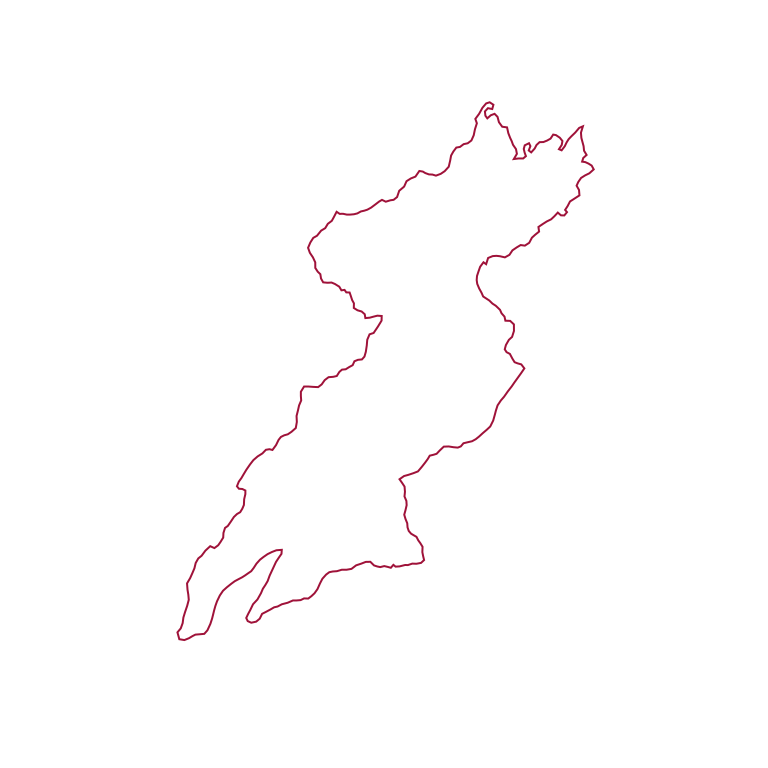 Claro dos Poções, Minas Gerais, Brazil (Equal Earth projection), rotated 203°
{"feature_id": "56859067B92506852264935", "entity_name": "Claro dos Poções", "entity_type": "district", "adm_level": 2, "iso_a3": "BRA", "parent_name": "Brazil", "parent_adm1": "Minas Gerais", "projection": "equal_earth", "projection_center": [-44.226, -17.057], "detail": "fine", "context": "isolated", "style": "outline", "palette": "rose", "viewbox_px": 768, "rotation_deg": 203, "n_neighbors": 0, "source": "geoboundaries", "source_scale": "gbopen_adm2", "svg_char_len": 5552}
<svg xmlns="http://www.w3.org/2000/svg" viewBox="0 0 768 768"><g transform="rotate(203 384 384)"><path d="M501.8,500.6L503.6,494.3L506.2,490.9L507.1,485.5L507.1,479.7L503.5,475.8L498.9,472.8L494.8,469.1L492.6,464.0L488.9,461.5L485.5,460.2L483.2,456.5L479.7,453.8L475.6,455.1L471.9,456.9L468.3,456.9L463.2,456.1L459.8,453.6L457.1,455.2L454.5,453.6L451.4,454.8L448.8,451.9L446.1,448.8L443.2,446.5L441.5,442.2L437.2,441.5L432.9,442.0L429.0,440.7L426.9,437.4L423.0,439.5L420.1,441.8L416.8,444.3L412.7,445.7L411.0,441.4L412.0,434.6L413.5,426.9L416.7,424.1L416.7,418.2L414.9,412.7L413.3,406.5L412.7,401.6L413.9,398.0L417.4,396.1L420.1,393.4L420.2,389.1L422.8,385.8L425.0,382.6L428.3,380.8L429.8,377.7L430.6,372.9L433.5,370.8L437.7,368.6L440.1,364.4L441.2,359.3L443.4,355.4L448.0,353.7L452.4,352.2L456.6,350.4L457.5,344.4L455.8,340.4L453.8,336.5L453.8,331.1L452.9,326.2L452.0,320.4L449.4,315.0L448.0,309.0L450.5,303.8L452.9,300.1L455.8,297.8L458.2,295.0L459.2,291.4L459.5,285.6L460.9,279.7L464.0,279.2L467.0,277.3L468.8,272.6L472.0,268.0L474.5,262.9L475.9,257.6L477.2,251.3L478.0,245.6L478.5,241.7L479.5,237.4L479.4,232.4L476.6,230.9L473.4,232.0L470.0,231.8L468.6,228.5L467.7,223.3L465.7,217.9L465.7,213.8L466.3,209.8L468.5,206.9L470.2,203.0L471.3,197.1L472.3,192.3L474.1,189.4L473.6,184.2L472.0,179.8L472.8,174.6L473.6,170.8L476.0,166.7L480.6,166.8L483.3,160.8L484.8,154.6L486.8,150.9L487.4,145.7L486.5,140.3L486.5,134.9L486.6,129.6L487.4,123.5L484.5,117.9L481.8,113.6L479.4,109.1L478.5,102.9L478.0,96.2L477.4,90.6L475.9,85.2L475.6,79.6L477.1,74.7L472.7,69.1L467.7,70.3L464.2,73.8L461.8,77.1L459.7,79.6L455.7,81.7L451.8,83.8L450.3,88.3L450.1,95.4L450.6,101.0L451.2,104.9L451.9,109.1L452.5,113.8L452.8,118.7L452.5,125.2L451.4,130.8L449.2,135.5L446.5,140.5L444.3,144.2L441.4,147.8L439.1,150.6L437.1,153.5L435.1,156.7L433.1,159.8L432.1,163.7L431.2,168.8L429.5,173.8L427.4,177.6L424.7,181.9L421.5,185.6L418.1,188.9L413.3,191.4L412.0,187.6L412.9,183.4L413.9,178.0L414.1,171.7L414.4,163.0L414.1,157.1L414.7,152.5L415.5,148.2L415.5,143.4L416.3,136.2L418.5,130.1L418.8,123.7L419.2,119.4L419.4,114.8L416.8,112.5L412.9,112.4L408.8,115.3L406.7,119.4L406.4,124.8L403.8,127.9L400.4,132.1L397.9,135.5L395.0,137.6L392.0,141.3L387.2,145.0L383.2,149.2L379.7,150.7L376.3,152.5L373.8,155.4L369.9,156.9L367.9,160.4L366.2,164.2L365.1,169.2L365.0,175.5L364.6,180.7L362.8,186.0L360.8,189.4L357.9,191.4L354.2,193.3L350.2,196.6L345.9,198.4L341.7,201.1L338.8,206.2L334.8,209.7L331.3,213.1L327.1,215.0L322.3,213.1L318.9,213.4L315.9,214.0L312.6,216.5L309.1,217.1L305.9,217.5L304.7,221.2L302.0,220.4L298.4,222.2L293.9,225.6L291.2,226.7L287.8,229.7L283.9,231.2L280.0,233.8L278.3,237.6L280.6,240.7L283.0,244.2L284.9,249.2L288.4,251.7L291.4,253.5L294.4,256.0L297.7,256.4L300.6,256.8L303.8,258.4L306.3,261.2L308.2,264.9L311.5,268.2L314.3,271.6L314.9,276.1L315.8,281.3L317.7,285.1L321.2,288.5L322.6,293.0L325.0,297.6L328.8,300.1L332.5,302.4L329.6,307.1L326.2,309.8L322.2,313.3L318.6,316.8L316.8,322.6L315.4,327.8L314.4,332.1L313.9,335.9L310.8,338.2L308.3,340.3L306.7,344.6L304.5,349.7L300.0,351.8L295.2,353.0L291.2,354.3L288.9,356.6L287.7,360.5L284.6,362.8L280.6,365.7L278.0,369.0L276.0,372.7L273.9,377.3L271.5,382.1L269.6,386.4L269.2,393.0L270.0,399.2L270.6,403.2L271.1,408.7L270.0,414.5L268.5,419.2L267.1,425.7L265.5,431.7L264.6,436.2L263.2,442.4L262.0,447.7L260.9,453.2L265.3,455.7L269.1,455.2L272.3,455.1L275.7,457.5L279.9,460.9L283.6,461.2L286.4,463.1L287.0,467.5L286.3,473.5L284.5,477.4L285.1,483.6L287.7,489.6L292.5,491.4L297.0,489.7L299.4,493.1L303.4,495.0L306.2,497.6L309.0,498.7L311.7,499.7L315.6,500.4L319.7,502.0L323.0,502.6L326.9,503.3L330.0,506.2L333.7,509.1L337.3,512.6L339.3,515.9L340.6,519.8L341.0,524.7L341.3,529.5L340.0,534.9L336.8,534.2L337.4,540.7L333.9,544.2L330.6,545.9L327.3,546.9L322.2,547.8L319.0,551.9L318.0,557.2L315.2,561.6L312.5,565.3L308.4,566.4L305.5,570.7L305.0,576.5L303.2,580.4L300.8,584.9L303.2,588.9L300.5,593.1L297.7,597.2L294.5,600.9L292.7,605.0L291.0,609.7L287.0,608.4L283.9,609.6L282.7,613.7L285.3,615.0L284.5,619.5L284.1,624.7L281.3,628.8L277.8,634.0L280.3,638.8L284.2,641.8L284.1,645.9L283.1,650.7L280.4,654.6L277.3,658.2L274.8,663.5L278.2,666.2L281.9,666.8L285.4,666.9L288.5,666.1L288.9,669.9L287.0,674.0L291.0,676.9L293.2,680.9L296.1,684.6L298.5,687.7L300.9,692.3L301.6,698.9L304.4,696.0L306.2,690.2L308.4,685.0L309.7,681.5L310.3,677.8L310.5,673.5L311.8,668.5L314.7,668.5L313.8,673.5L314.7,677.4L318.4,679.4L322.9,680.3L325.7,679.7L326.6,674.9L329.0,671.8L331.8,669.0L335.3,667.4L337.0,663.6L337.3,659.6L339.0,654.7L342.0,655.5L342.2,660.2L344.6,662.3L347.7,658.7L347.2,655.0L345.0,652.0L342.4,649.2L344.0,646.0L348.4,644.1L352.4,641.8L351.6,647.8L354.3,651.8L358.7,654.6L361.3,657.4L364.1,659.9L367.6,663.5L371.0,668.3L375.7,667.0L380.5,669.9L383.9,674.3L387.8,675.9L390.7,673.1L392.7,668.9L395.5,670.6L397.6,674.3L396.1,678.5L391.8,679.4L392.4,683.8L396.8,684.6L399.6,682.2L401.3,676.8L402.0,669.9L403.5,663.7L400.4,660.3L399.8,654.0L398.6,648.0L398.7,642.3L401.0,638.3L404.4,635.9L406.7,631.9L409.8,629.9L411.0,625.1L411.5,620.5L410.4,615.6L409.3,609.3L411.3,603.6L413.9,599.6L417.6,596.1L421.3,595.7L424.5,594.5L428.4,594.3L431.3,594.7L434.7,593.9L436.1,587.2L439.6,583.7L442.5,579.5L442.6,573.6L445.5,567.8L445.0,561.2L447.1,557.3L449.9,555.6L453.6,552.5L457.8,552.7L459.8,550.0L462.0,546.1L464.8,541.3L467.4,538.0L469.8,535.9L472.7,533.8L475.2,530.6L478.0,528.5L481.2,526.8L484.4,525.4L488.1,524.7L491.3,523.3L494.9,524.0L495.4,517.7L495.8,513.8L498.3,509.5L499.0,504.5L501.8,500.6Z" fill="none" stroke="#9f1239" stroke-width="2"/></g></svg>